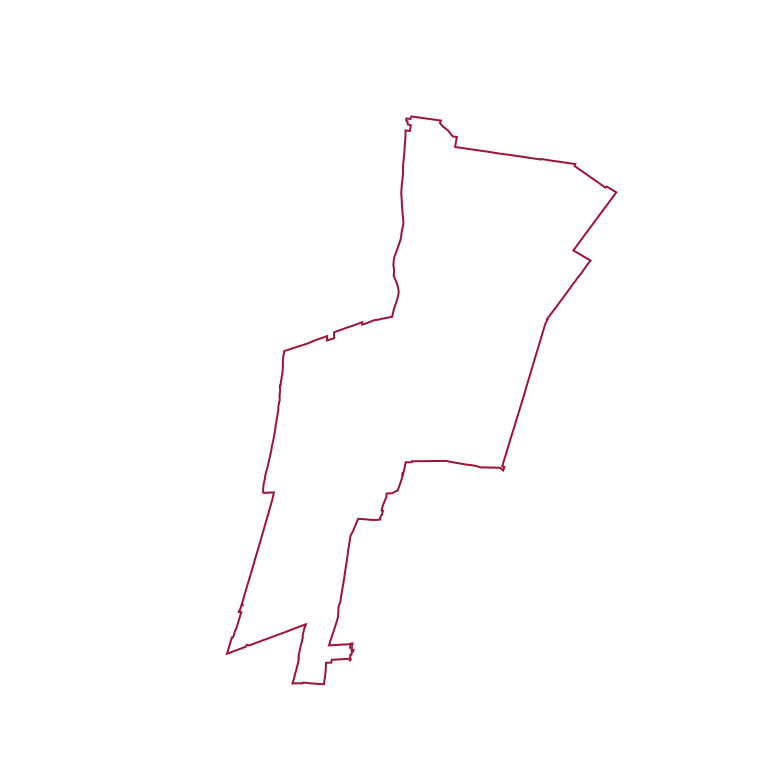 outline of Leidschendam-Voorburg, Zuid-Holland, Netherlands, rotated 316°
{"feature_id": "6326949B15428140131776", "entity_name": "Leidschendam-Voorburg", "entity_type": "district", "adm_level": 2, "iso_a3": "NLD", "parent_name": "Netherlands", "parent_adm1": "Zuid-Holland", "projection": "robinson", "projection_center": [4.405, 52.093], "detail": "fine", "context": "isolated", "style": "outline", "palette": "rose", "viewbox_px": 768, "rotation_deg": 316, "n_neighbors": 0, "source": "geoboundaries", "source_scale": "gbopen_adm2", "svg_char_len": 5906}
<svg xmlns="http://www.w3.org/2000/svg" viewBox="0 0 768 768"><g transform="rotate(316 384 384)"><path d="M409.6,528.9L412.9,527.4L412.6,526.6L411.8,525.4L429.5,515.5L477.1,489.2L482.0,486.5L482.8,485.9L491.3,481.1L541.4,453.0L544.8,451.7L546.4,451.3L546.3,450.6L557.7,448.7L559.2,448.6L564.2,447.7L567.5,447.2L575.5,445.8L579.4,445.2L581.4,444.8L585.6,444.1L588.8,443.4L593.0,442.9L595.9,442.3L598.5,441.9L600.4,441.6L602.5,441.5L606.6,440.6L608.7,440.3L610.2,440.0L612.3,439.5L618.3,438.6L616.3,431.4L613.0,419.5L631.5,416.3L684.3,407.5L681.3,396.6L680.3,396.6L679.7,396.5L672.5,359.6L674.4,358.7L665.4,347.1L664.5,345.9L664.3,345.6L663.8,345.0L659.9,340.0L653.8,331.9L653.0,331.0L652.6,331.3L650.2,328.2L640.2,315.1L638.1,312.4L632.6,305.3L627.6,299.1L622.1,291.7L618.5,287.0L605.5,270.3L599.8,262.9L608.0,256.9L605.4,253.6L606.2,245.9L605.3,240.1L605.5,235.2L607.9,234.0L602.5,227.1L589.6,210.6L587.1,211.7L584.6,208.6L583.8,209.1L582.9,210.0L583.4,211.2L581.4,213.8L583.0,216.5L578.4,220.0L575.7,216.6L570.4,221.8L566.4,225.3L564.6,226.8L562.8,228.5L560.4,230.8L556.0,234.5L553.6,236.7L550.4,239.2L548.0,241.6L543.9,245.8L543.1,246.4L541.3,248.0L538.8,250.1L538.0,250.7L537.4,251.1L536.9,251.6L533.9,254.2L533.5,254.6L530.7,257.1L528.9,258.8L527.6,260.2L527.2,260.8L523.8,264.9L522.8,265.9L522.3,266.3L522.2,266.6L519.8,269.4L518.2,271.4L515.6,274.5L511.9,279.3L510.3,281.1L508.6,282.7L507.6,283.5L507.0,283.8L505.2,284.9L502.4,286.9L500.1,288.7L498.0,290.4L496.7,291.3L495.3,292.1L492.7,293.4L485.9,296.9L481.0,299.1L479.8,299.8L478.2,300.8L473.5,304.8L473.1,305.3L471.3,308.0L470.4,309.1L469.4,310.1L468.8,310.7L466.3,312.7L465.8,313.5L464.8,316.3L463.8,318.9L463.0,320.9L462.1,322.5L461.4,323.9L459.8,326.4L459.1,327.3L458.1,328.3L457.2,329.0L455.3,330.5L454.3,331.1L449.1,334.0L443.5,336.8L436.5,341.3L432.5,338.7L430.1,337.2L426.8,335.0L426.0,334.6L424.8,333.9L421.6,331.5L420.8,331.1L419.1,330.4L417.4,329.6L415.9,329.1L414.4,328.5L412.0,327.3L409.6,326.1L410.7,324.8L411.2,324.4L400.8,319.8L398.2,318.5L397.7,318.2L395.6,317.3L390.3,314.9L384.2,312.2L383.8,312.2L380.0,316.4L379.7,316.3L373.3,313.1L373.9,312.4L375.6,310.9L375.8,310.6L375.9,310.3L376.3,310.0L362.5,303.7L362.4,303.9L361.5,303.5L359.7,302.7L358.6,302.4L355.3,300.9L347.1,296.8L335.9,291.4L335.5,291.3L335.0,291.2L334.7,291.1L333.8,292.3L333.7,292.4L332.4,293.0L331.6,293.4L331.3,293.6L329.7,295.2L328.4,296.3L328.1,296.4L325.5,299.0L324.7,299.9L322.7,301.7L322.1,302.4L320.6,303.8L319.9,304.4L318.7,305.2L318.4,305.4L317.3,306.6L317.1,306.9L316.7,307.1L315.9,307.3L314.4,308.7L313.3,309.4L312.3,310.0L308.9,312.9L308.8,313.0L308.2,312.7L308.0,312.8L304.9,316.4L303.7,317.5L301.4,319.2L300.9,319.7L300.6,320.0L300.2,320.5L297.5,323.4L296.9,323.8L296.3,324.0L293.7,325.9L291.9,327.1L291.6,327.6L291.1,328.2L289.6,329.5L288.9,329.8L288.2,330.4L286.5,331.8L281.7,335.4L280.7,336.1L279.6,336.9L278.1,337.9L277.0,338.8L274.9,340.6L265.1,347.7L259.1,351.6L258.7,351.9L258.4,352.3L257.9,352.7L241.9,363.3L236.9,366.1L235.7,366.9L232.3,369.5L228.4,372.1L226.4,373.6L224.3,375.5L222.6,377.1L221.7,378.1L221.9,378.8L223.4,380.1L229.5,385.5L222.5,390.1L183.6,412.5L176.7,416.4L173.0,418.5L172.9,418.5L167.3,421.7L165.9,422.6L162.2,424.7L136.6,439.1L129.0,443.5L129.0,444.8L128.7,445.0L127.8,444.1L123.0,446.7L122.8,446.4L121.8,446.9L122.0,447.0L121.3,447.4L122.8,449.0L108.1,457.2L105.4,458.1L99.5,461.4L98.6,461.0L98.4,460.7L83.7,469.0L86.3,470.2L86.2,470.2L88.0,471.0L88.1,470.9L102.1,477.0L104.1,476.3L104.5,476.6L104.8,477.1L105.0,477.6L105.4,478.4L120.1,484.8L119.9,484.8L132.6,490.3L140.2,493.7L140.3,493.7L145.5,496.0L145.6,495.9L151.8,498.6L160.6,502.4L160.9,502.6L160.1,502.9L159.1,503.3L159.3,503.4L159.2,503.4L159.2,503.5L158.5,503.8L157.1,504.4L153.9,506.4L151.3,508.0L149.5,509.7L149.4,509.8L149.4,510.0L148.9,510.3L147.3,511.4L147.1,511.3L147.0,511.6L145.5,512.6L142.1,514.5L134.4,519.8L134.2,519.8L134.0,520.1L132.3,521.3L132.2,521.5L132.4,521.9L132.3,522.1L132.2,522.2L129.5,524.2L126.6,526.0L120.2,530.0L119.7,530.1L116.2,532.4L113.4,534.0L113.2,534.1L110.2,535.9L112.8,538.2L113.0,538.4L114.7,540.0L116.2,541.5L117.1,542.4L117.6,542.7L118.0,542.5L119.6,543.8L121.3,546.1L130.1,556.0L132.3,558.3L132.6,557.9L133.3,557.5L134.6,556.3L139.5,552.6L145.5,547.3L148.6,544.3L151.1,546.5L152.5,547.8L154.9,546.1L165.0,554.9L165.6,555.5L166.5,556.2L167.1,556.6L168.3,557.7L168.7,558.0L167.5,559.1L167.9,559.4L168.2,559.3L168.9,558.8L168.9,558.7L169.3,557.9L169.4,557.5L171.8,555.4L172.6,556.1L175.1,554.2L176.0,555.0L177.3,554.1L175.9,552.8L177.9,551.4L176.4,550.1L178.5,548.6L179.7,549.7L181.1,548.8L179.5,547.4L178.9,547.8L175.5,544.7L171.7,541.4L170.6,540.5L165.2,535.8L162.8,533.8L164.0,533.2L166.1,532.0L182.7,523.3L186.8,521.0L187.7,520.5L189.2,519.4L191.8,517.2L192.1,516.9L194.9,514.1L196.7,512.6L199.6,511.2L201.0,510.4L201.5,510.2L202.1,509.8L205.0,507.4L207.6,505.5L208.7,504.8L211.2,502.8L216.4,499.1L220.5,496.0L221.5,495.2L224.5,492.8L230.1,488.6L238.5,482.2L240.1,480.9L242.2,479.1L242.9,478.5L243.9,477.9L251.3,472.3L254.1,470.2L255.8,469.5L256.9,469.1L259.6,468.3L262.2,467.1L263.8,466.4L271.6,463.0L274.1,465.6L277.1,468.9L279.7,472.1L281.6,474.1L282.4,474.9L285.2,477.4L286.0,478.1L286.3,478.2L286.5,478.4L287.1,478.8L287.7,478.1L287.9,477.8L288.2,478.0L290.5,476.6L291.2,476.8L291.3,476.8L295.1,474.5L294.3,473.6L294.3,473.4L294.5,473.2L298.0,471.0L307.4,466.8L309.8,464.6L313.9,468.2L316.8,469.0L318.4,469.5L319.2,470.1L321.8,469.2L328.2,466.0L334.3,462.6L333.8,462.2L335.6,460.8L336.3,461.4L341.2,458.2L345.2,455.3L346.8,457.0L347.7,457.7L348.0,458.1L349.6,459.5L350.4,459.0L353.4,461.8L375.2,482.4L375.8,483.1L376.7,484.8L377.7,486.0L380.5,490.0L382.1,492.1L384.1,494.9L387.2,499.1L389.7,502.1L391.3,504.2L393.3,507.1L394.5,509.2L394.9,509.8L395.6,511.0L395.9,511.4L400.8,516.3L404.3,519.8L406.0,521.5L408.8,524.4L409.0,524.7L409.3,525.4L409.6,528.9Z" fill="none" stroke="#9f1239" stroke-width="2"/></g></svg>